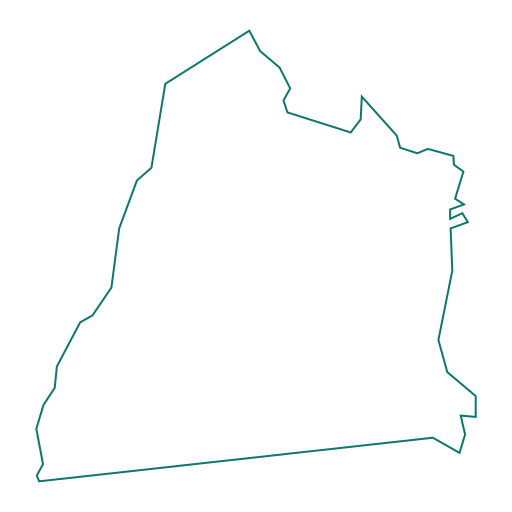 outline of Wau, Western Bahr el Ghazal, South Sudan
{"feature_id": "79223893B74023037447504", "entity_name": "Wau", "entity_type": "district", "adm_level": 2, "iso_a3": "SSD", "parent_name": "South Sudan", "parent_adm1": "Western Bahr el Ghazal", "projection": "robinson", "projection_center": [27.449, 7.398], "detail": "fine", "context": "isolated", "style": "outline", "palette": "teal", "viewbox_px": 512, "rotation_deg": 0, "n_neighbors": 0, "source": "geoboundaries", "source_scale": "gbopen_adm2", "svg_char_len": 687}
<svg xmlns="http://www.w3.org/2000/svg" viewBox="0 0 512 512"><path d="M165.3,83.8L151.4,167.8L136.9,180.5L119.2,228.4L111.4,287.6L92.5,315.4L80.2,322.3L56.9,366.4L54.7,387.9L43.5,404.9L36.3,428.8L43.0,464.1L36.8,475.5L39.1,481.3L206.4,462.8L432.8,437.7L459.5,452.9L465.1,434.5L460.7,415.6L475.7,416.9L475.7,396.1L447.3,372.1L438.4,340.0L452.3,270.6L450.6,228.4L467.8,222.1L462.3,213.2L450.1,218.9L450.1,209.5L463.9,204.4L455.1,198.7L463.4,171.6L453.9,164.7L453.4,155.9L427.8,148.9L417.3,153.3L400.1,147.7L396.8,135.7L361.8,96.6L360.7,119.3L350.7,132.5L287.4,112.4L283.5,100.4L290.2,88.4L279.6,67.6L260.2,51.2L249.3,30.7L165.3,83.8Z" fill="none" stroke="#0f766e" stroke-width="2"/></svg>